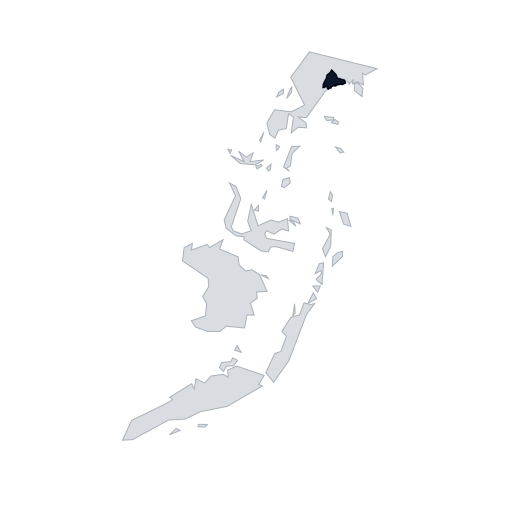 location of Asmat, Papua, Indonesia, rotated 284°
{"feature_id": "22746128B62198228854475", "entity_name": "Asmat", "entity_type": "district", "adm_level": 2, "iso_a3": "IDN", "parent_name": "Indonesia", "parent_adm1": "Papua", "projection": "natural_earth1", "projection_center": [138.155, -5.583], "detail": "fine", "context": "in_parent", "style": "filled", "palette": "ink", "viewbox_px": 512, "rotation_deg": 284, "n_neighbors": 0, "source": "geoboundaries", "source_scale": "gbopen_adm2", "svg_char_len": 5758}
<svg xmlns="http://www.w3.org/2000/svg" viewBox="0 0 512 512"><g transform="rotate(284 256 256)"><path d="M177.5,208.9L185.6,221.4L197.6,219.8L203.8,214.0L214.4,217.4L222.6,215.1L233.5,185.8L246.7,184.3L252.9,191.2L246.2,191.9L255.5,205.8L252.9,209.0L263.9,220.1L254.0,218.9L250.8,238.9L243.2,241.8L238.9,249.7L241.6,255.2L238.8,264.0L224.4,275.2L221.1,265.2L215.2,267.5L209.0,262.0L198.2,268.6L196.6,261.5L183.4,262.3L180.7,244.2L174.0,239.2L171.1,226.8L172.4,214.6L177.5,208.9ZM45.0,171.1L66.3,175.0L93.4,207.2L96.8,209.8L98.2,206.5L116.5,224.4L112.1,228.3L122.4,227.5L120.3,236.8L128.8,241.7L133.3,253.0L131.6,258.4L138.4,256.1L144.5,263.8L142.1,292.8L131.8,289.6L131.5,293.7L103.2,264.5L91.4,239.5L80.7,226.9L75.6,210.7L48.0,180.8L45.0,171.1ZM467.0,258.5L467.0,328.1L458.0,318.2L459.1,315.3L447.8,318.7L449.6,311.7L446.5,308.1L447.5,307.6L449.4,307.9L450.4,307.5L445.1,304.8L447.5,303.9L442.7,291.3L432.9,283.5L402.4,271.4L401.2,263.3L397.1,272.3L392.6,274.0L391.1,265.8L383.9,260.4L399.8,258.7L401.9,253.1L387.0,254.6L383.5,247.3L374.9,245.8L377.3,239.8L387.8,234.4L402.4,238.6L404.4,255.3L414.2,266.6L437.8,246.5L467.0,258.5ZM318.4,220.0L307.9,227.4L278.6,225.0L275.0,227.7L273.9,236.6L279.4,245.3L287.8,239.5L305.0,238.9L285.8,250.7L294.5,261.7L294.2,269.3L299.9,277.6L288.1,281.5L288.3,274.4L281.6,268.2L283.0,260.0L279.4,259.1L275.7,262.1L277.5,290.4L269.4,290.6L269.9,273.7L268.4,268.2L262.9,266.9L262.1,259.7L268.7,240.3L271.8,239.8L270.7,231.6L275.8,220.2L283.3,216.4L309.6,221.5L320.5,212.6L318.4,220.0ZM145.1,293.8L166.0,297.8L169.3,303.2L185.4,304.9L189.1,299.3L204.9,304.7L209.4,312.5L222.2,313.9L222.1,320.5L224.0,324.4L211.7,319.2L162.4,313.2L137.7,303.7L145.1,293.8ZM344.7,221.6L353.5,213.8L349.6,222.8L355.5,228.3L346.1,227.4L351.1,240.2L344.3,233.2L341.9,218.4L347.5,207.1L344.7,221.6ZM349.0,261.2L370.9,264.1L373.1,271.8L364.2,266.2L352.0,267.5L348.4,264.4L346.3,268.0L349.0,261.2ZM299.5,322.7L283.4,326.1L272.1,323.6L279.4,318.7L295.2,322.9L300.6,317.3L299.5,322.7ZM253.1,317.7L263.9,319.3L265.8,323.3L244.3,326.9L247.7,320.1L255.2,323.9L257.6,322.5L253.1,317.7ZM319.2,326.2L319.6,334.0L307.6,340.9L308.1,333.4L319.2,326.2ZM144.4,248.5L147.4,257.0L151.6,258.1L150.2,263.4L144.0,260.8L142.0,253.9L136.0,252.4L139.0,247.4L144.4,248.5ZM444.5,319.1L436.3,320.3L440.3,311.5L446.7,309.6L448.7,312.9L444.5,319.1ZM274.1,330.8L279.1,334.5L281.5,338.7L276.4,340.1L264.4,332.4L274.1,330.8ZM336.7,263.6L340.1,269.4L335.1,271.5L329.3,267.2L329.6,263.8L336.7,263.6ZM222.8,317.9L234.3,320.5L229.2,325.2L222.8,317.9ZM240.6,318.3L242.5,325.6L235.7,324.6L240.6,318.3ZM164.5,259.4L159.0,264.9L159.4,258.0L164.5,259.4ZM407.9,288.6L409.3,297.9L406.7,298.3L404.6,291.6L407.9,288.6ZM219.0,305.0L210.3,307.8L206.6,306.2L219.0,305.0ZM302.8,279.3L302.9,287.6L297.9,291.1L299.8,280.0L302.8,279.3ZM61.6,215.4L69.4,220.2L68.4,224.6L61.6,215.4ZM80.8,249.6L77.7,247.8L76.3,241.0L78.7,240.8L80.8,249.6ZM378.1,316.1L376.3,312.8L381.0,306.6L380.8,312.1L378.1,316.1ZM369.0,231.4L378.0,233.7L367.8,232.9L369.0,231.4ZM314.1,248.3L322.4,250.7L313.3,250.5L314.1,248.3ZM298.9,283.4L294.6,287.5L298.4,280.0L298.9,283.4ZM415.4,237.6L420.1,238.4L424.5,242.3L420.3,243.2L415.4,237.6ZM336.4,312.6L333.4,315.6L327.2,316.0L328.8,312.5L336.4,312.6ZM407.6,299.5L405.7,303.8L403.5,303.7L403.7,296.8L407.6,299.5ZM348.6,248.4L343.1,249.1L341.6,247.6L343.9,244.9L348.6,248.4ZM416.2,247.6L422.9,248.3L429.3,249.9L423.2,250.9L416.2,247.6ZM300.1,243.3L305.7,246.1L300.0,247.6L300.1,243.3ZM353.0,206.8L349.2,206.1L352.8,202.9L353.0,206.8ZM314.2,320.6L320.3,318.1L321.1,319.6L314.2,320.6ZM368.9,248.7L368.0,252.5L363.2,250.6L365.6,249.4L368.9,248.7ZM239.4,270.8L237.0,273.4L238.9,265.4L239.4,270.8ZM343.2,234.0L346.1,239.3L345.0,240.1L340.7,236.0L343.2,234.0Z" fill="#d9dde1" stroke="#a8b0b8" stroke-width="1"/><path d="M448.3,281.1L447.2,281.2L446.2,281.3L445.5,281.3L444.9,281.1L442.7,280.6L440.8,280.1L440.6,280.1L439.2,279.8L438.8,279.8L438.4,279.8L437.3,280.1L436.5,280.2L435.7,280.3L436.0,281.2L436.3,281.8L436.7,282.1L437.1,282.3L437.8,282.9L437.9,283.5L437.6,283.7L437.4,284.0L437.1,284.1L436.8,284.3L436.6,284.4L436.4,284.5L436.2,284.7L436.2,284.8L435.9,284.9L435.9,285.0L436.0,285.3L436.1,285.5L435.9,285.5L435.7,285.5L435.4,285.8L435.5,285.9L435.6,286.0L435.8,286.1L436.0,286.2L436.2,286.3L436.3,286.4L436.5,286.4L436.6,286.5L436.9,287.0L437.0,287.0L437.2,287.3L437.0,287.5L437.0,287.8L437.1,288.0L437.4,287.9L437.5,288.0L437.8,288.1L438.0,288.1L438.2,287.9L438.3,287.9L438.4,288.0L438.5,288.0L438.8,288.4L438.9,288.5L439.0,288.6L439.1,288.8L439.2,289.0L439.3,289.0L439.6,289.4L439.8,289.4L440.0,289.4L440.1,289.5L440.3,289.6L440.3,289.8L440.2,290.0L440.0,290.3L440.0,290.6L440.0,290.8L440.0,291.0L440.0,291.3L440.1,291.5L440.2,291.8L440.3,292.0L440.4,291.9L440.5,291.9L440.4,291.9L440.7,291.8L440.8,291.8L440.9,291.7L441.0,291.7L441.1,291.8L441.2,292.0L441.0,292.3L441.0,292.5L441.2,292.8L441.3,292.9L441.5,292.9L441.8,292.9L442.0,293.0L442.1,293.3L441.9,293.3L441.9,293.6L441.9,293.8L441.9,294.0L442.0,294.0L442.2,294.3L442.3,294.4L442.4,294.6L442.5,294.8L442.5,295.0L442.7,295.4L442.8,295.5L442.8,295.8L442.9,296.0L443.0,296.1L443.1,296.3L443.2,296.5L443.1,296.8L443.2,297.3L443.3,297.5L443.3,297.8L443.4,298.0L443.5,298.2L443.5,298.3L443.4,298.4L443.4,298.5L443.5,298.6L443.8,298.9L443.9,299.0L444.0,299.1L444.2,299.3L444.3,299.4L444.3,299.5L444.5,299.6L444.8,299.9L444.8,300.0L445.0,300.2L445.1,300.3L445.3,300.6L445.4,300.8L445.5,300.8L445.6,300.7L445.8,300.3L445.8,300.2L446.0,300.2L446.3,300.2L446.4,300.3L446.5,300.2L446.8,299.9L447.0,299.9L447.3,299.9L447.5,299.8L447.6,299.7L447.8,299.4L448.0,299.3L448.0,299.2L448.3,291.8L451.2,289.9L454.7,284.5L453.5,284.1L451.6,283.4L450.0,282.2L449.1,281.3L448.3,281.1Z" fill="#0f172a" stroke="#020617" stroke-width="1.5"/></g></svg>